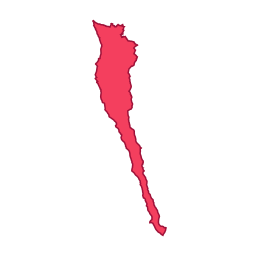 outline of Valea Mare Pravat, Arges, Romania, rotated 174°
{"feature_id": "2599482B14695579023436", "entity_name": "Valea Mare Pravat", "entity_type": "district", "adm_level": 2, "iso_a3": "ROU", "parent_name": "Romania", "parent_adm1": "Arges", "projection": "orthographic", "projection_center": [25.103, 45.372], "detail": "fine", "context": "isolated", "style": "filled", "palette": "rose", "viewbox_px": 256, "rotation_deg": 174, "n_neighbors": 0, "source": "geoboundaries", "source_scale": "gbopen_adm2", "svg_char_len": 5987}
<svg xmlns="http://www.w3.org/2000/svg" viewBox="0 0 256 256"><g transform="rotate(174 128 128)"><path d="M149.4,236.3L151.2,238.4L151.7,238.1L151.6,237.5L150.8,236.9L150.7,236.6L151.0,236.4L151.1,235.4L151.0,234.6L151.0,234.1L151.4,233.4L151.0,232.9L150.5,231.4L149.8,230.5L149.8,230.3L150.1,230.0L148.9,227.0L148.9,225.6L148.8,224.8L148.2,223.9L147.9,222.3L147.4,221.4L147.2,220.9L146.8,220.7L147.1,220.3L146.9,219.9L147.0,218.6L146.8,218.4L146.2,215.4L145.4,213.5L145.6,211.6L146.0,211.3L146.2,210.5L146.8,209.3L147.0,205.2L147.3,203.9L147.7,203.3L148.2,201.9L148.6,200.1L149.6,200.2L149.9,200.1L150.1,199.8L150.0,198.8L150.3,198.6L150.6,197.9L152.4,195.9L153.1,195.6L153.5,195.1L153.5,194.9L152.8,194.1L152.0,192.8L152.7,192.6L152.1,192.5L153.4,187.5L155.0,184.4L154.3,182.1L153.9,181.6L155.1,181.0L155.4,180.6L153.3,177.5L154.2,177.2L154.2,176.7L154.3,176.5L153.2,175.5L153.3,175.3L151.6,170.4L151.6,169.7L151.1,169.4L150.9,168.5L151.2,167.6L151.0,167.0L151.0,165.7L151.5,163.9L151.9,161.8L151.7,159.6L151.0,157.9L150.8,156.3L150.5,156.1L150.5,155.9L149.4,155.5L148.8,154.9L148.8,154.2L148.6,150.0L148.7,149.4L149.0,148.8L148.9,148.4L147.0,145.8L146.5,144.5L146.1,144.1L145.6,142.9L145.7,142.1L145.5,141.1L141.4,137.6L140.6,136.3L139.8,135.6L139.0,134.2L138.9,134.0L139.2,133.3L139.0,133.0L139.2,132.3L140.1,131.7L140.0,130.5L137.9,128.6L137.3,127.2L137.3,125.1L136.6,124.4L136.6,124.1L136.2,123.8L135.9,122.7L135.1,122.3L135.1,121.1L135.9,119.2L135.5,117.1L134.3,115.4L133.5,114.7L132.7,113.2L132.5,112.0L132.2,111.5L132.3,110.2L131.8,109.1L131.7,108.8L131.9,108.3L131.8,108.1L129.8,105.9L129.1,104.5L128.8,102.4L128.9,100.5L128.7,98.9L128.2,97.1L128.0,95.6L127.6,94.4L127.7,93.2L127.1,91.8L127.3,89.9L127.5,89.7L127.6,88.5L128.0,87.7L128.6,85.7L128.7,84.9L126.7,82.9L125.4,80.5L123.9,79.0L123.0,77.7L122.7,77.1L122.3,75.6L121.5,74.3L121.4,73.6L121.6,72.7L121.3,71.9L121.3,71.4L121.7,70.7L121.7,70.3L120.9,69.0L120.6,68.0L120.3,66.5L120.2,65.1L120.0,64.0L120.1,63.1L119.9,61.6L119.9,60.8L120.4,59.5L120.1,57.7L119.9,56.8L119.0,56.5L118.3,55.4L118.2,54.6L118.4,54.1L118.1,53.3L117.8,52.9L117.8,52.4L117.3,51.4L117.1,50.7L117.2,50.0L117.6,49.3L117.8,48.6L116.9,47.8L116.9,46.7L116.8,46.0L116.9,45.3L116.7,43.8L115.8,42.5L115.3,41.1L115.2,40.5L113.7,38.1L113.4,36.9L113.6,36.1L113.7,34.7L113.8,34.4L114.9,33.7L115.9,32.7L116.2,31.9L116.1,31.4L115.0,31.7L113.2,30.6L112.9,29.9L112.8,29.4L112.1,28.0L112.0,27.5L111.0,24.6L110.1,23.1L109.3,22.2L109.2,21.8L108.7,21.3L106.6,19.8L106.5,19.4L106.1,18.8L104.5,17.6L103.8,18.9L102.5,20.3L101.4,22.3L101.2,22.7L101.0,24.0L100.7,24.3L100.6,24.8L100.9,25.0L102.4,25.0L102.6,25.5L103.2,26.2L104.2,26.7L105.4,26.8L106.2,27.3L107.4,29.1L107.6,31.2L107.0,34.3L106.0,36.8L106.2,38.1L107.3,41.2L107.3,42.4L107.4,43.0L108.3,44.6L108.4,45.2L109.7,47.2L109.8,48.3L110.2,48.6L110.3,50.1L110.1,50.8L110.6,52.0L110.6,54.0L110.9,54.4L112.0,55.6L112.7,57.6L112.9,59.3L113.2,59.9L113.8,60.4L114.3,61.5L114.3,62.1L114.2,63.0L114.9,64.3L115.0,64.8L114.6,65.7L115.5,69.6L115.1,70.8L114.7,73.1L115.6,75.3L115.8,77.2L116.5,78.0L116.9,79.2L117.4,79.7L117.9,80.9L117.7,82.5L117.2,83.2L116.7,83.3L116.5,83.7L116.7,83.8L116.9,84.3L117.1,84.3L117.2,84.8L117.6,86.5L117.3,86.7L117.7,86.9L117.7,87.5L118.1,88.4L118.1,89.2L117.4,90.7L117.3,90.9L117.1,90.7L116.9,91.4L116.7,91.5L116.5,91.9L116.6,92.3L116.5,92.5L116.4,93.2L116.4,93.6L117.2,94.7L117.3,95.3L117.7,96.1L118.1,99.0L118.6,101.1L118.4,102.8L118.2,103.2L118.0,105.9L117.8,106.4L117.1,106.5L116.9,106.7L117.9,107.7L118.1,108.6L118.5,109.5L120.9,112.4L121.5,113.7L121.6,115.0L121.4,116.0L121.6,117.1L121.6,117.4L121.7,118.3L122.0,119.5L122.3,120.0L122.3,122.6L122.1,124.1L122.4,125.2L123.0,125.9L124.4,126.9L125.0,127.7L125.6,127.9L125.6,128.2L126.0,129.0L125.9,130.3L126.2,131.1L126.0,131.4L126.2,132.0L126.2,133.1L126.4,133.5L126.6,135.1L126.4,135.7L126.6,136.6L126.1,138.1L126.0,138.8L126.5,140.1L126.6,140.6L126.6,142.5L126.5,143.4L126.6,143.9L126.5,144.8L126.3,145.2L125.4,145.5L124.6,146.2L123.1,146.4L122.6,146.9L121.7,148.2L121.7,148.8L121.9,149.3L121.9,149.6L121.4,150.1L121.1,150.8L121.0,151.4L121.0,151.9L121.6,153.3L121.7,154.7L121.9,155.6L121.7,156.7L120.9,158.4L121.3,159.0L121.3,159.8L121.6,159.7L121.7,159.9L121.7,160.6L122.1,161.2L121.9,161.7L122.3,163.4L122.6,163.7L122.8,164.1L123.2,164.3L123.2,164.5L122.1,165.6L120.8,167.9L120.5,168.7L120.5,169.7L120.9,171.9L121.1,172.3L121.0,172.7L121.0,173.4L121.4,174.1L121.2,174.8L121.1,175.9L121.6,177.7L121.1,178.6L120.7,178.8L121.0,179.1L120.7,179.7L121.5,182.0L121.9,182.3L122.1,182.8L120.9,186.6L118.2,189.0L117.8,189.2L117.5,189.0L115.7,189.7L115.4,190.1L114.8,192.2L113.5,193.8L112.8,194.2L112.8,194.3L112.9,194.5L112.3,195.5L112.4,196.2L111.6,196.8L111.7,197.2L111.3,197.8L112.2,198.7L112.3,199.3L112.7,199.5L113.8,200.9L114.3,201.2L113.4,203.0L112.7,204.2L112.9,204.2L112.8,205.2L113.0,205.5L113.9,206.9L113.1,207.7L112.2,208.4L110.4,209.2L110.9,209.5L110.7,209.7L111.0,209.7L111.5,210.6L112.4,211.1L112.3,211.3L112.4,211.6L113.0,212.2L112.9,212.5L113.0,212.9L115.4,213.9L116.2,214.1L116.7,214.0L117.2,214.4L118.3,214.5L119.1,214.9L119.1,215.4L119.6,216.0L119.8,216.1L120.0,216.7L120.2,216.8L120.3,217.3L120.1,217.3L120.2,217.5L120.6,217.9L120.6,218.2L121.2,219.3L122.5,219.0L122.8,219.5L123.4,219.3L124.0,218.8L124.6,218.8L124.3,219.7L125.3,220.3L125.2,221.1L125.5,221.6L123.3,222.0L123.2,222.8L124.0,222.9L123.1,223.9L122.0,225.5L122.8,226.3L122.2,226.8L122.1,227.6L121.8,228.4L121.2,229.1L122.0,229.2L122.3,230.5L122.4,230.3L122.9,230.2L123.2,230.0L123.3,230.3L123.1,231.1L124.6,230.5L125.5,230.7L126.3,231.3L126.4,231.2L126.9,231.6L127.1,231.9L128.6,230.8L128.4,230.7L128.7,230.3L129.3,229.9L130.4,230.1L130.8,230.2L130.9,231.1L131.2,231.3L132.0,231.3L132.3,231.6L132.5,232.6L132.4,233.1L133.4,233.6L133.9,233.5L133.8,233.0L135.4,230.3L137.2,231.1L138.6,231.2L139.3,231.9L139.6,231.7L140.6,232.6L141.5,232.7L141.7,233.1L144.2,233.6L145.2,234.4L145.8,234.3L146.8,234.6L149.4,236.3Z" fill="#f43f5e" stroke="#9f1239" stroke-width="1.5"/></g></svg>